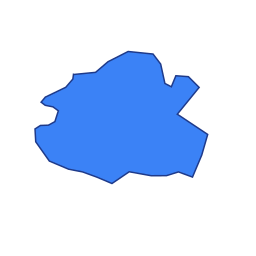 Vitina, Robinson projection, rotated 135°
{"feature_id": "KOS-5905", "entity_name": "Vitina", "entity_type": "District", "adm_level": 1, "iso_a3": "XKX", "parent_name": "Kosovo", "parent_adm1": "", "projection": "robinson", "projection_center": [21.372, 42.321], "detail": "fine", "context": "isolated", "style": "filled", "palette": "blue", "viewbox_px": 256, "rotation_deg": 135, "n_neighbors": 0, "source": "natural_earth", "source_scale": "10m", "svg_char_len": 620}
<svg xmlns="http://www.w3.org/2000/svg" viewBox="0 0 256 256"><g transform="rotate(135 128 128)"><path d="M203.0,183.5L197.1,190.1L194.4,193.1L188.1,191.7L182.3,186.3L175.2,184.2L165.1,189.4L166.1,196.0L170.5,202.6L171.2,207.7L164.6,208.3L143.2,200.8L132.4,201.6L128.6,204.5L128.5,204.2L111.6,190.3L95.2,189.0L73.8,182.0L58.0,162.6L59.7,150.1L70.4,133.4L68.2,126.5L57.2,131.1L49.0,121.6L49.0,106.4L83.4,102.9L76.2,67.1L95.0,56.7L117.1,47.7L123.4,61.3L134.5,67.1L145.3,77.8L158.1,96.2L178.6,100.1L184.9,115.6L191.2,129.1L199.1,140.8L207.0,160.2L203.0,183.5Z" fill="#3b82f6" stroke="#1e3a8a" stroke-width="1.5"/></g></svg>